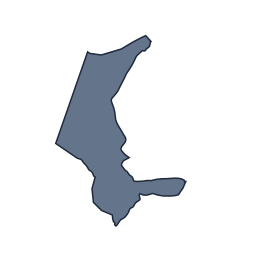 Boguis/Desa Blond, Dauphin, Saint Lucia, rotated 47°
{"feature_id": "8701671B42677537488502", "entity_name": "Boguis/Desa Blond", "entity_type": "district", "adm_level": 2, "iso_a3": "LCA", "parent_name": "Saint Lucia", "parent_adm1": "Dauphin", "projection": "robinson", "projection_center": [-60.924, 14.012], "detail": "fine", "context": "isolated", "style": "filled", "palette": "slate", "viewbox_px": 256, "rotation_deg": 47, "n_neighbors": 0, "source": "geoboundaries", "source_scale": "gbopen_adm2", "svg_char_len": 5536}
<svg xmlns="http://www.w3.org/2000/svg" viewBox="0 0 256 256"><g transform="rotate(47 128 128)"><path d="M80.3,52.2L72.6,52.0L71.0,56.6L68.6,65.4L65.6,79.1L56.4,97.7L47.5,105.0L44.8,105.6L90.0,191.4L115.5,185.7L118.9,183.8L119.1,183.8L119.6,183.8L119.8,183.8L120.4,183.8L120.9,183.9L121.1,183.9L121.5,183.9L121.9,184.0L122.3,184.1L122.7,184.1L123.3,184.2L124.5,184.2L124.8,184.2L125.2,184.1L125.8,184.1L126.5,184.1L127.1,184.2L127.9,184.3L128.1,184.3L128.5,184.4L129.1,184.5L129.4,184.5L130.1,184.7L130.5,184.8L130.9,184.9L131.3,185.0L131.6,185.1L131.8,185.1L132.0,185.1L132.4,185.1L132.5,185.1L132.9,185.0L133.2,184.8L133.8,184.6L134.3,184.5L134.7,184.5L134.9,184.5L135.1,184.5L135.4,184.5L135.9,184.5L136.0,184.5L136.5,184.6L137.4,184.8L137.8,185.0L138.0,185.0L138.5,185.3L138.8,185.4L139.1,185.6L139.3,185.7L139.5,185.7L139.8,185.8L140.1,185.8L140.3,185.8L140.5,185.7L141.0,185.7L141.4,185.6L141.5,185.5L145.7,192.3L147.8,195.7L158.8,204.0L170.3,203.6L180.9,198.8L184.1,201.2L184.5,201.4L185.2,201.7L185.3,201.8L185.8,202.1L186.1,202.3L186.3,202.4L186.6,202.4L186.8,202.5L187.0,202.5L187.2,202.4L187.6,202.3L187.8,202.3L188.1,202.4L188.3,202.4L188.4,202.5L188.6,202.6L188.9,202.8L189.0,202.9L189.1,203.1L189.4,203.3L189.5,203.5L189.8,203.7L190.0,203.8L190.4,203.8L191.0,203.8L191.3,203.7L191.5,203.5L191.4,202.0L190.7,198.9L190.3,197.3L190.2,195.7L190.5,194.3L190.9,192.5L191.1,190.8L190.8,188.5L190.2,186.0L189.8,184.7L189.0,183.2L188.5,181.9L188.4,180.9L188.6,180.3L188.8,179.6L189.0,178.9L189.1,177.8L188.8,176.4L188.2,175.0L187.9,173.8L188.0,172.1L188.2,170.9L188.4,169.8L188.6,168.7L188.4,168.0L187.7,167.3L187.1,166.9L186.1,166.4L185.5,166.1L185.0,165.8L184.8,165.6L184.6,165.2L184.2,164.7L184.2,164.3L184.3,164.0L185.1,163.6L186.3,163.2L188.1,162.0L189.5,160.5L190.9,158.3L191.9,156.2L192.7,154.7L194.3,153.6L196.2,152.7L198.7,150.9L200.0,149.9L201.5,148.8L204.1,146.1L206.2,143.9L208.2,141.5L209.9,139.1L211.0,137.1L211.2,136.1L211.0,135.8L209.4,128.8L206.6,122.3L205.9,123.3L204.9,122.5L204.3,122.6L202.4,123.3L202.1,123.5L201.5,123.8L200.8,124.2L199.7,125.1L199.1,125.5L198.4,126.2L196.9,127.6L195.9,128.8L195.3,129.5L195.0,130.0L194.7,130.4L193.6,131.7L193.1,132.2L192.7,132.7L191.9,133.6L191.4,134.4L190.4,135.4L190.0,135.8L189.9,136.0L188.8,137.2L188.7,137.4L187.6,138.7L187.0,139.5L186.9,139.6L186.4,140.3L186.2,140.6L185.4,141.5L184.4,143.2L184.2,143.5L183.6,144.6L182.9,145.8L182.5,146.6L182.4,146.8L182.1,147.2L181.4,147.8L181.2,147.9L179.6,149.7L179.2,150.1L179.0,150.4L178.6,151.0L178.1,151.8L177.5,152.8L177.0,153.4L176.5,154.0L175.7,155.0L173.6,157.4L173.4,157.6L172.8,158.3L171.9,159.1L171.2,159.5L170.7,159.8L169.7,159.6L168.5,158.9L168.0,158.7L166.6,158.4L164.6,158.6L163.7,159.0L159.2,158.4L157.5,158.9L155.0,158.7L151.3,158.4L149.8,157.1L148.8,153.6L150.5,147.4L149.5,147.6L148.9,147.6L148.3,147.8L148.1,147.9L147.9,147.9L147.6,148.0L146.6,148.1L145.9,148.2L145.7,148.2L145.2,148.3L144.6,148.3L143.9,148.3L143.7,148.3L143.4,148.3L143.2,148.3L142.8,148.3L142.5,148.2L142.3,148.2L142.0,148.2L140.8,148.2L140.6,148.2L140.4,148.2L140.1,148.1L139.9,148.1L139.7,148.0L139.3,147.9L139.2,147.8L139.0,147.7L138.9,147.6L138.5,147.3L138.3,147.2L138.2,147.0L138.1,146.9L137.9,146.6L137.7,146.2L137.5,145.7L137.4,145.5L137.4,145.4L137.2,144.9L137.2,144.7L137.1,144.3L137.0,143.7L137.0,143.2L136.9,142.6L136.9,142.4L136.9,142.2L136.7,141.3L136.7,141.1L136.6,140.8L136.4,140.0L136.4,139.8L136.2,139.3L136.1,139.1L135.9,138.8L135.8,138.7L135.6,138.4L135.5,138.2L135.3,137.9L134.7,137.2L134.3,137.0L134.1,136.9L133.3,136.5L133.1,136.5L133.0,136.4L132.6,136.3L132.4,136.3L132.3,136.2L132.1,136.2L131.9,136.2L131.7,136.1L131.4,136.0L130.7,135.9L130.3,135.9L129.6,135.7L129.2,135.6L128.4,135.4L128.0,135.3L127.6,135.3L127.4,135.2L127.1,135.1L126.9,135.1L126.6,135.0L126.2,134.9L125.7,134.8L125.2,134.7L124.8,134.6L124.5,134.5L124.3,134.5L123.4,134.3L122.7,134.2L122.3,134.1L121.5,134.0L120.9,133.8L120.5,133.7L120.1,133.6L119.7,133.5L119.3,133.4L118.9,133.3L118.7,133.3L118.3,133.2L118.1,133.1L117.8,133.0L117.2,132.8L116.8,132.7L116.4,132.5L116.1,132.4L115.9,132.3L115.5,132.2L114.9,132.0L114.7,131.9L114.4,131.7L114.1,131.6L113.9,131.5L113.6,131.3L113.4,131.2L112.9,130.9L112.4,130.6L111.7,130.1L111.4,129.8L111.3,129.7L111.1,129.6L110.9,129.4L110.6,129.2L110.4,129.1L109.9,128.8L109.8,128.7L109.5,128.4L109.4,128.3L109.0,128.1L108.7,127.9L108.4,127.6L108.1,127.4L107.9,127.2L107.7,127.1L107.5,126.9L107.3,126.8L107.1,126.7L106.9,126.6L106.6,126.4L106.1,126.2L104.5,125.2L104.1,125.0L103.4,124.7L103.2,124.6L102.9,124.4L102.5,124.2L102.3,124.2L101.7,123.9L101.3,123.7L101.1,123.6L100.7,123.4L100.3,123.3L100.1,123.3L99.7,123.1L98.4,122.5L98.0,122.3L97.8,122.2L97.6,122.1L97.4,122.0L97.2,122.0L97.0,121.9L96.8,121.7L96.7,121.6L96.4,121.3L96.2,121.2L95.9,120.9L95.8,120.7L95.7,120.5L95.6,120.3L95.4,119.9L95.4,119.7L95.3,119.3L95.3,119.0L95.2,118.8L95.2,118.6L95.2,118.4L95.2,118.1L95.1,117.2L95.0,116.4L94.8,114.5L94.5,112.5L94.1,110.6L93.6,108.9L93.0,107.5L92.4,105.9L91.8,104.4L91.2,102.5L90.4,100.4L89.7,98.4L89.1,96.7L88.7,95.8L87.6,93.2L87.4,92.7L87.2,92.1L86.8,90.4L86.6,89.7L86.4,88.6L86.2,87.7L86.0,87.0L85.7,85.8L85.5,85.0L85.1,83.7L85.0,83.2L84.9,82.8L84.3,80.9L83.9,79.7L83.5,78.8L82.7,76.5L82.4,75.8L82.0,74.8L81.4,73.3L81.2,72.1L81.1,71.3L81.1,70.2L81.1,68.6L81.2,67.4L81.2,66.3L81.3,65.4L81.4,64.8L83.2,62.9L83.1,62.2L82.8,61.2L82.8,60.7L82.8,59.7L83.0,58.3L83.0,57.4L82.8,56.5L82.4,55.7L81.9,55.1L81.0,53.7L80.6,52.9L80.4,52.4L80.2,52.4L80.3,52.2Z" fill="#64748b" stroke="#1e293b" stroke-width="1.5"/></g></svg>